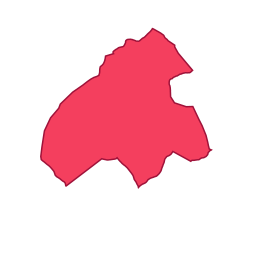 the district of Grande Riviere/Piat, Gros Islet, Saint Lucia, rotated 142°
{"feature_id": "8701671B1385498050924", "entity_name": "Grande Riviere/Piat", "entity_type": "district", "adm_level": 2, "iso_a3": "LCA", "parent_name": "Saint Lucia", "parent_adm1": "Gros Islet", "projection": "equal_earth", "projection_center": [-60.944, 14.04], "detail": "fine", "context": "isolated", "style": "filled", "palette": "rose", "viewbox_px": 256, "rotation_deg": 142, "n_neighbors": 0, "source": "geoboundaries", "source_scale": "gbopen_adm2", "svg_char_len": 5198}
<svg xmlns="http://www.w3.org/2000/svg" viewBox="0 0 256 256"><g transform="rotate(142 128 128)"><path d="M131.5,72.9L131.4,72.9L130.8,73.1L130.1,73.3L129.8,73.4L128.9,73.7L128.5,73.9L127.9,74.2L127.5,74.5L126.8,75.0L126.4,75.3L125.8,75.7L125.4,75.9L124.5,76.5L124.1,76.6L123.6,77.0L123.2,77.3L122.5,77.7L122.0,78.0L121.4,78.3L121.1,78.5L120.3,79.0L119.9,79.4L119.4,79.8L119.0,80.2L118.3,80.7L117.8,80.9L117.2,81.1L116.8,81.2L115.9,81.4L115.5,81.6L115.3,81.6L114.9,81.6L114.4,81.5L113.7,81.3L113.1,81.1L112.6,81.0L112.0,80.9L111.2,80.9L110.7,80.9L110.2,80.9L109.8,81.0L108.8,81.3L107.1,81.9L99.0,63.1L98.6,63.2L98.2,63.2L97.5,63.1L96.9,62.7L96.5,62.4L95.9,61.9L95.0,61.4L94.4,61.1L93.8,60.7L93.3,60.5L91.7,59.4L91.1,59.3L90.3,59.3L89.3,59.2L88.7,59.2L88.3,58.9L88.0,58.8L87.6,58.6L87.0,58.2L86.4,57.9L85.7,57.8L84.7,57.6L83.8,57.5L83.0,57.7L82.4,57.8L81.8,57.9L81.4,58.1L80.9,58.5L80.4,58.9L79.9,59.3L79.3,59.4L79.0,59.4L78.6,59.5L78.0,59.6L77.3,59.7L76.0,59.4L75.8,59.4L76.9,61.4L75.4,64.8L73.9,67.8L71.1,74.1L68.2,84.2L66.9,90.9L64.4,102.0L63.7,105.0L69.0,108.9L75.9,119.2L75.2,126.4L72.8,129.7L71.8,131.1L71.5,131.4L71.2,131.9L70.7,132.6L70.5,132.9L69.9,133.8L69.6,134.4L69.2,135.1L69.0,135.5L68.8,136.6L68.5,137.2L68.1,137.8L67.8,138.2L67.2,138.9L66.8,139.3L66.4,139.6L65.9,140.0L65.1,140.3L64.7,140.3L64.1,140.3L63.7,140.1L62.9,139.7L62.3,139.8L61.8,139.9L61.2,139.9L60.5,139.8L60.0,139.7L59.4,139.5L58.8,139.4L58.2,139.3L57.6,139.0L57.0,138.7L56.6,138.7L55.7,138.6L55.1,138.5L54.7,138.5L54.2,138.5L53.4,138.1L52.9,137.8L52.3,137.7L51.8,137.5L51.2,137.3L50.6,137.1L50.0,136.8L49.7,136.6L48.9,136.3L48.5,136.0L47.9,135.5L47.6,135.2L46.8,134.6L46.4,134.4L45.9,134.0L45.4,133.6L44.6,133.5L44.1,133.5L43.5,133.5L42.9,133.5L42.2,133.7L41.6,133.7L42.4,155.9L41.3,163.1L40.2,164.5L42.7,172.1L42.7,173.6L42.8,174.2L43.0,174.8L43.2,175.9L43.3,176.4L43.2,177.1L43.0,178.0L42.8,178.9L42.9,179.5L43.1,180.3L43.3,180.8L43.6,182.0L43.8,182.6L44.0,183.1L44.3,183.9L44.7,184.9L44.9,185.4L45.2,186.0L45.5,186.8L45.8,187.5L46.0,188.0L46.3,188.7L46.6,189.4L47.0,190.4L47.5,191.1L47.6,191.3L48.4,190.9L51.0,190.3L54.9,190.0L55.9,189.8L56.6,189.7L57.1,189.7L57.9,189.5L58.5,189.5L59.0,189.4L59.5,189.5L60.2,189.5L60.7,189.7L61.4,189.8L61.9,189.8L62.6,189.7L63.1,189.7L63.7,189.7L64.3,189.6L65.0,189.6L65.5,189.7L66.1,189.8L66.6,190.1L67.1,190.7L67.7,191.1L68.1,191.5L68.4,192.2L68.8,192.9L69.2,193.5L69.5,194.0L69.9,194.5L70.0,194.8L70.4,195.3L70.8,195.7L71.2,196.2L71.5,196.5L72.3,197.0L72.7,197.3L73.3,197.7L74.0,198.1L74.3,198.2L75.2,198.2L75.8,198.2L76.3,197.9L76.9,197.4L77.3,196.8L77.9,196.5L78.5,196.2L79.5,195.7L80.1,195.5L80.6,195.2L81.4,195.2L81.9,195.2L82.5,195.5L82.9,195.7L83.8,196.2L84.1,196.2L84.7,196.6L85.3,196.8L86.0,197.1L86.6,197.1L87.1,197.1L87.6,197.1L88.4,197.2L88.9,197.3L89.5,197.4L90.0,197.4L90.8,197.4L91.3,197.4L91.9,197.4L92.3,197.3L92.9,197.2L93.1,196.9L93.4,196.5L93.7,195.9L93.7,195.5L101.4,198.5L101.6,198.3L102.3,197.7L102.6,197.3L103.1,196.9L103.5,196.5L104.2,196.0L104.7,195.5L105.1,195.3L105.6,195.0L106.3,194.5L106.8,194.3L107.4,194.0L108.0,193.7L108.7,193.6L109.2,193.5L109.5,193.4L110.3,193.4L111.0,193.4L112.2,193.3L113.4,192.3L114.5,191.2L115.9,189.5L117.0,188.5L118.1,187.8L118.5,187.4L120.7,187.8L123.4,188.7L123.5,188.8L127.2,189.4L131.5,189.6L137.3,189.6L149.5,190.3L166.6,188.5L170.4,186.2L182.7,183.7L195.6,177.2L207.1,166.4L214.3,159.2L215.8,156.5L215.4,154.4L214.9,152.7L214.6,151.1L214.4,150.2L214.2,149.2L213.6,147.1L213.3,145.2L213.2,143.5L213.1,141.4L213.1,139.3L213.8,137.3L214.4,135.6L214.2,133.6L213.5,131.8L212.9,130.0L212.5,128.0L212.1,126.4L211.4,124.6L211.4,124.0L211.5,123.0L211.9,122.1L212.4,121.2L212.6,120.6L212.4,120.4L179.3,120.0L167.5,119.9L167.3,119.5L167.0,119.0L166.5,118.5L166.2,118.1L165.6,117.4L165.1,116.9L165.0,116.7L164.7,116.3L164.4,116.0L164.0,115.6L163.7,115.3L163.4,115.1L162.7,114.7L162.2,114.4L161.6,114.0L161.1,113.7L160.5,113.4L160.1,113.1L159.3,112.7L158.8,112.4L158.3,112.1L157.8,111.8L157.1,111.5L156.6,111.2L156.4,111.1L156.1,111.2L154.9,111.3L154.9,110.8L154.9,110.0L154.9,109.4L154.9,108.6L154.8,107.5L154.8,106.9L154.8,106.7L154.7,106.1L154.6,105.6L154.5,104.5L154.5,103.8L154.4,103.4L154.3,103.1L154.2,102.3L154.0,101.4L153.8,100.9L153.6,100.1L153.5,99.5L153.3,98.3L153.2,97.7L153.1,96.9L153.1,96.3L153.1,95.1L153.1,94.5L153.1,93.7L153.1,93.1L153.1,91.9L153.1,91.2L153.1,90.5L153.1,90.0L153.2,88.9L153.2,88.3L153.3,87.5L153.5,86.8L153.8,85.9L154.1,85.4L154.2,84.9L154.3,84.6L154.6,84.1L154.7,83.6L154.8,83.0L154.8,82.4L154.8,82.1L154.9,81.6L154.9,81.0L155.0,79.9L155.2,79.3L155.4,78.4L155.5,77.9L155.6,76.8L155.7,76.1L155.8,75.9L156.1,75.4L156.4,74.7L155.1,74.9L154.9,74.9L154.5,75.0L154.1,75.0L153.0,75.0L152.7,75.0L152.0,74.9L151.5,74.9L150.7,74.8L150.5,74.6L149.9,74.5L149.5,74.4L148.6,74.2L148.1,74.1L147.9,74.1L147.6,74.1L147.1,74.1L146.2,74.3L145.4,74.5L144.9,74.6L144.4,74.8L144.0,75.0L143.4,74.9L143.1,74.8L142.6,74.8L142.0,74.7L141.4,74.7L140.6,74.4L140.2,74.3L139.7,74.1L139.2,73.9L138.4,73.6L137.9,73.5L137.3,73.3L136.8,73.1L136.1,72.9L135.6,72.7L135.4,72.6L135.0,72.5L134.5,72.6L133.7,72.6L133.4,72.6L133.2,72.7L132.6,72.8L132.0,72.8L131.5,72.9Z" fill="#f43f5e" stroke="#9f1239" stroke-width="1.5"/></g></svg>